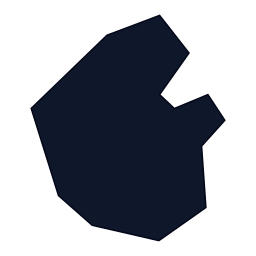 Termez city, Surkhandarya, Uzbekistan
{"feature_id": "79887680B32786671178541", "entity_name": "Termez city", "entity_type": "district", "adm_level": 2, "iso_a3": "UZB", "parent_name": "Uzbekistan", "parent_adm1": "Surkhandarya", "projection": "orthographic", "projection_center": [67.33, 37.241], "detail": "fine", "context": "isolated", "style": "filled", "palette": "ink", "viewbox_px": 256, "rotation_deg": 0, "n_neighbors": 0, "source": "geoboundaries", "source_scale": "gbopen_adm2", "svg_char_len": 291}
<svg xmlns="http://www.w3.org/2000/svg" viewBox="0 0 256 256"><path d="M159.6,94.6L189.0,53.0L159.6,15.4L107.0,35.2L31.2,108.4L58.5,195.6L92.2,225.3L158.9,240.6L205.9,207.5L201.6,146.1L224.8,120.3L207.9,94.6L174.3,108.5L159.6,94.6Z" fill="#0f172a" stroke="#020617" stroke-width="1.5"/></svg>